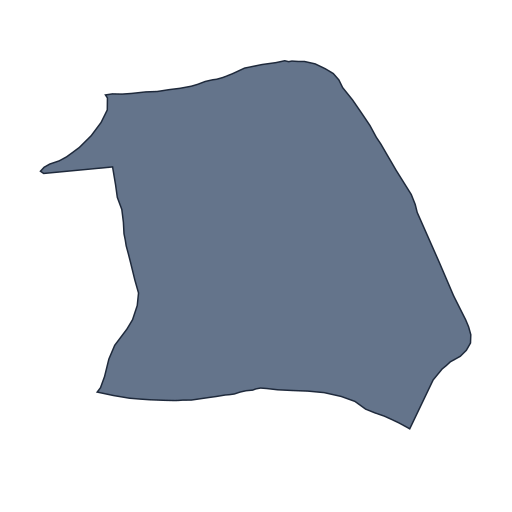 Chbar Ampov, Kândal, Cambodia (Natural Earth projection), rotated 173°
{"feature_id": "14789045B58474594002009", "entity_name": "Chbar Ampov", "entity_type": "district", "adm_level": 2, "iso_a3": "KHM", "parent_name": "Cambodia", "parent_adm1": "Kândal", "projection": "natural_earth1", "projection_center": [104.993, 11.51], "detail": "fine", "context": "isolated", "style": "filled", "palette": "slate", "viewbox_px": 512, "rotation_deg": 173, "n_neighbors": 0, "source": "geoboundaries", "source_scale": "gbopen_adm2", "svg_char_len": 1610}
<svg xmlns="http://www.w3.org/2000/svg" viewBox="0 0 512 512"><g transform="rotate(173 256 256)"><path d="M430.2,140.3L414.5,134.9L399.0,130.3L388.4,128.1L379.1,126.3L363.6,123.8L354.0,122.4L350.7,122.1L346.2,121.9L337.9,120.9L319.8,121.3L312.6,121.4L303.4,121.8L299.0,121.6L294.3,121.7L288.3,122.9L282.3,123.5L275.6,123.3L272.4,124.1L267.6,124.4L261.2,123.1L250.9,120.6L236.4,118.1L221.0,115.6L205.0,112.1L188.5,106.2L175.5,99.6L165.8,90.6L157.1,85.8L148.3,81.5L142.2,77.8L134.6,73.0L126.6,67.3L124.5,65.7L95.3,111.4L85.0,121.2L80.3,124.2L76.0,127.3L65.4,131.6L58.7,136.8L53.7,143.5L52.4,151.7L53.6,159.7L55.7,167.2L57.1,171.1L64.2,190.9L64.9,193.0L74.9,227.4L90.7,279.6L91.7,287.8L94.4,298.1L104.9,320.6L106.6,324.2L109.9,332.0L113.5,340.3L118.4,351.8L122.1,359.1L127.0,371.6L133.9,385.2L141.2,399.2L149.5,412.6L152.3,420.7L157.0,427.6L164.4,433.4L173.9,439.5L184.3,443.2L190.2,443.9L196.6,445.1L199.9,444.9L203.7,446.3L206.9,446.0L212.7,445.5L226.6,445.3L244.4,443.9L257.4,439.7L267.1,437.2L273.6,436.2L277.2,436.2L280.5,435.9L285.2,435.4L292.9,433.5L299.5,432.4L311.0,431.7L321.9,431.7L333.9,431.3L345.5,432.3L359.5,432.5L369.2,433.0L378.8,434.4L385.8,434.2L384.2,431.0L385.8,419.1L393.5,407.4L404.9,395.5L418.2,385.2L431.9,377.5L439.8,374.4L449.5,372.4L455.5,369.9L459.6,366.4L456.7,363.8L387.5,361.9L386.7,343.7L386.5,331.1L383.5,318.5L383.5,305.7L384.0,298.4L384.3,294.1L383.8,287.7L383.6,281.9L382.4,273.5L381.3,264.8L379.2,247.1L377.1,233.6L379.9,221.3L386.3,207.8L393.0,199.2L407.1,184.6L414.6,171.6L421.0,154.8L426.4,144.2L430.2,140.3Z" fill="#64748b" stroke="#1e293b" stroke-width="1.5"/></g></svg>